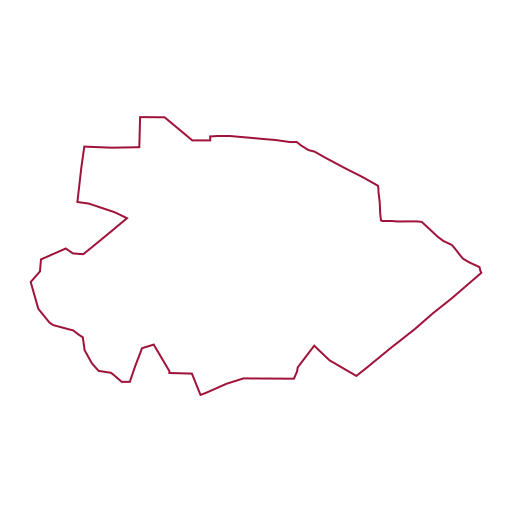 the district of Al-Mahaweel, Babil, Iraq
{"feature_id": "34846034B9794416366933", "entity_name": "Al-Mahaweel", "entity_type": "district", "adm_level": 2, "iso_a3": "IRQ", "parent_name": "Iraq", "parent_adm1": "Babil", "projection": "albers", "projection_center": [44.636, 32.675], "detail": "fine", "context": "isolated", "style": "outline", "palette": "rose", "viewbox_px": 512, "rotation_deg": 0, "n_neighbors": 0, "source": "geoboundaries", "source_scale": "gbopen_adm2", "svg_char_len": 1340}
<svg xmlns="http://www.w3.org/2000/svg" viewBox="0 0 512 512"><path d="M481.3,272.8L480.3,270.6L479.5,267.1L469.7,262.6L462.9,258.6L459.5,254.5L455.3,249.0L451.9,245.0L443.4,241.0L437.4,236.5L427.2,226.9L421.7,221.9L417.1,221.4L407.7,221.4L398.0,221.5L391.6,221.0L382.7,221.0L381.0,220.5L380.2,213.4L379.7,201.9L378.5,192.3L378.4,188.3L378.0,185.8L362.8,177.2L345.0,168.2L325.1,157.6L314.5,151.6L308.5,150.1L301.3,145.6L296.7,142.0L290.3,142.1L275.5,140.0L263.2,139.0L252.7,138.0L229.8,136.0L221.4,136.0L217.5,136.0L211.3,136.4L210.2,136.4L210.2,140.4L192.3,140.4L164.6,117.3L140.1,117.1L139.3,147.2L111.4,147.7L84.3,146.6L81.3,167.8L77.4,202.0L88.8,203.6L114.8,212.3L127.0,218.2L125.9,219.1L107.8,234.2L91.2,247.8L83.2,254.2L72.8,253.4L65.8,248.5L53.0,254.1L41.0,259.4L40.0,270.9L40.0,271.4L30.7,282.0L38.3,308.8L49.4,322.5L53.2,325.1L68.8,329.3L73.2,330.4L78.6,334.6L82.8,337.3L84.6,350.2L91.9,363.3L98.6,370.9L111.0,372.8L113.9,375.1L121.8,381.9L129.8,381.9L135.2,366.1L140.3,352.8L141.9,348.3L146.5,346.8L153.7,344.6L160.4,355.9L166.4,366.1L169.4,371.1L169.4,373.0L191.9,373.6L200.5,394.9L206.3,392.7L226.4,383.8L243.5,378.4L293.9,378.7L297.1,371.4L297.7,367.4L314.2,345.7L329.5,360.3L356.3,375.9L366.0,368.3L390.6,348.1L414.3,329.5L432.9,313.3L452.0,298.1L479.5,274.4L481.3,272.8Z" fill="none" stroke="#9f1239" stroke-width="2"/></svg>